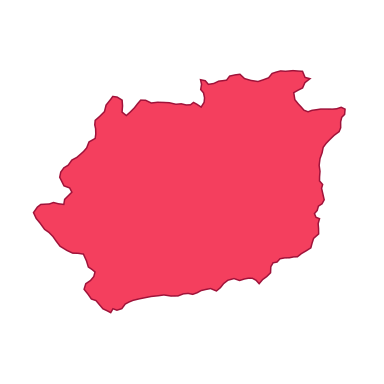 Silvianópolis, Minas Gerais, Brazil, rotated 175°
{"feature_id": "56859067B54636857626942", "entity_name": "Silvianópolis", "entity_type": "district", "adm_level": 2, "iso_a3": "BRA", "parent_name": "Brazil", "parent_adm1": "Minas Gerais", "projection": "orthographic", "projection_center": [-45.809, -22.036], "detail": "fine", "context": "isolated", "style": "filled", "palette": "rose", "viewbox_px": 384, "rotation_deg": 175, "n_neighbors": 0, "source": "geoboundaries", "source_scale": "gbopen_adm2", "svg_char_len": 2477}
<svg xmlns="http://www.w3.org/2000/svg" viewBox="0 0 384 384"><g transform="rotate(175 192 192)"><path d="M303.1,132.5L301.8,126.3L298.3,123.5L295.6,120.8L297.2,116.3L300.8,112.7L305.8,109.9L308.0,104.5L304.4,99.1L301.6,94.2L297.1,92.2L294.1,87.9L290.9,83.4L287.1,81.2L283.5,78.9L280.9,82.6L277.1,80.8L272.1,81.9L268.3,86.2L264.3,87.9L260.2,89.2L254.3,90.1L248.1,90.8L241.6,91.5L234.6,91.6L229.0,91.9L222.0,90.2L215.0,89.7L209.4,91.3L204.6,91.3L200.2,90.0L195.6,91.2L191.6,93.0L186.9,93.7L181.9,94.2L176.3,91.3L172.1,94.2L168.5,98.0L163.9,101.0L157.7,102.1L152.3,99.7L147.3,100.8L143.3,101.2L139.4,100.8L135.9,98.5L133.1,94.8L129.3,98.6L125.0,101.2L120.8,104.7L120.0,110.7L117.4,114.4L113.4,114.8L110.2,117.8L105.4,118.3L100.6,118.0L96.4,118.5L92.6,118.3L88.4,121.1L83.3,123.5L78.5,126.0L76.8,130.7L74.9,135.2L69.5,139.2L69.1,144.7L69.1,149.5L67.3,154.3L70.7,156.0L71.9,159.8L68.9,162.7L67.3,166.9L63.5,168.9L61.0,172.7L61.9,179.4L62.6,184.4L61.2,188.1L64.0,191.9L63.6,196.0L62.7,201.4L63.0,207.5L61.6,214.1L59.0,219.7L57.4,225.1L54.2,228.7L50.8,231.7L45.6,236.0L40.2,239.3L38.3,243.0L37.8,249.0L36.3,253.4L33.2,256.0L32.3,261.2L36.0,263.4L40.6,262.3L44.7,262.3L50.9,262.9L56.6,263.4L61.2,263.1L65.4,262.9L69.4,261.8L73.3,263.7L76.0,267.4L78.4,270.4L81.5,275.0L82.0,282.1L77.4,284.2L72.8,286.0L70.0,291.1L64.6,294.6L69.4,296.3L71.4,302.6L75.4,303.2L80.8,304.1L88.3,304.1L93.2,304.9L97.7,304.1L101.9,303.1L105.7,299.1L111.1,297.6L116.6,296.3L123.6,298.0L129.8,300.4L134.0,305.1L138.8,304.9L144.4,304.2L147.8,300.4L152.0,300.2L155.7,300.1L160.8,298.2L166.3,297.8L169.1,301.7L173.7,303.1L173.1,298.4L174.4,293.3L171.9,289.8L171.3,284.7L172.1,280.3L175.5,275.8L179.5,279.0L182.7,281.1L185.9,279.0L190.2,279.2L195.0,280.8L200.4,280.8L206.8,282.9L212.6,283.7L218.6,284.4L224.8,284.2L230.2,287.4L235.1,288.0L238.5,284.7L242.1,280.8L246.7,276.9L250.8,273.9L254.7,277.7L253.7,283.8L253.6,289.6L258.3,293.1L262.6,294.1L265.2,291.1L270.0,286.1L272.2,279.7L277.3,275.4L282.2,271.8L283.0,267.4L282.5,263.4L282.8,258.2L283.8,253.8L290.2,250.9L293.1,245.1L296.5,241.8L300.1,239.1L303.7,236.5L308.9,234.3L313.0,229.5L317.5,227.3L321.0,223.3L322.5,218.2L319.0,209.3L313.5,206.7L311.7,202.3L319.5,195.8L320.8,190.8L326.1,191.9L330.9,193.6L335.1,192.5L343.7,192.8L347.3,190.5L351.7,185.3L349.5,179.2L346.1,174.3L342.1,167.6L338.0,164.2L334.4,159.8L331.7,155.1L328.2,149.5L321.7,144.7L316.2,141.5L311.0,140.9L305.6,139.6L303.1,132.5Z" fill="#f43f5e" stroke="#9f1239" stroke-width="1.5"/></g></svg>